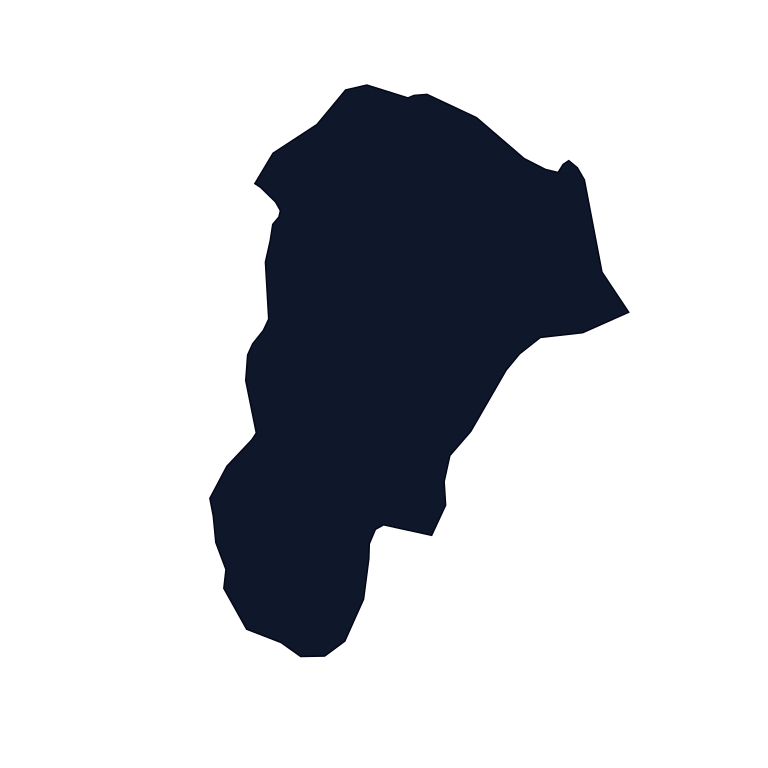 outline of Ivancna Gorica, rotated 23°
{"feature_id": "SVN-955", "entity_name": "Ivancna Gorica", "entity_type": "Municipality", "adm_level": 1, "iso_a3": "SVN", "parent_name": "Slovenia", "parent_adm1": "", "projection": "mercator", "projection_center": [14.807, 45.902], "detail": "fine", "context": "isolated", "style": "filled", "palette": "ink", "viewbox_px": 768, "rotation_deg": 23, "n_neighbors": 0, "source": "natural_earth", "source_scale": "10m", "svg_char_len": 866}
<svg xmlns="http://www.w3.org/2000/svg" viewBox="0 0 768 768"><g transform="rotate(23 384 384)"><path d="M233.8,128.3L251.4,115.5L294.3,111.3L298.9,106.6L310.4,100.6L365.2,102.7L424.8,121.7L448.7,123.4L461.6,121.3L463.1,111.8L466.8,106.2L477.5,109.4L488.7,117.8L540.9,195.8L581.2,222.3L546.9,259.1L509.7,280.1L497.0,303.3L491.0,323.6L482.4,393.7L472.6,424.1L477.5,450.3L488.1,471.5L487.0,504.7L438.6,513.8L432.9,521.2L432.9,536.9L438.3,550.7L449.3,590.1L448.4,636.0L435.7,657.6L413.8,667.4L390.2,662.2L353.4,663.4L316.4,634.7L311.0,616.5L291.1,595.6L278.4,572.2L268.4,557.3L271.5,521.1L284.2,486.8L285.6,479.0L255.4,434.9L247.1,410.5L247.4,398.4L252.0,381.8L252.5,369.3L227.2,318.1L223.2,296.2L219.2,280.5L222.0,271.3L220.9,264.9L213.0,258.8L193.5,251.2L186.8,250.0L191.7,214.9L220.9,171.3L233.8,128.3Z" fill="#0f172a" stroke="#020617" stroke-width="1.5"/></g></svg>